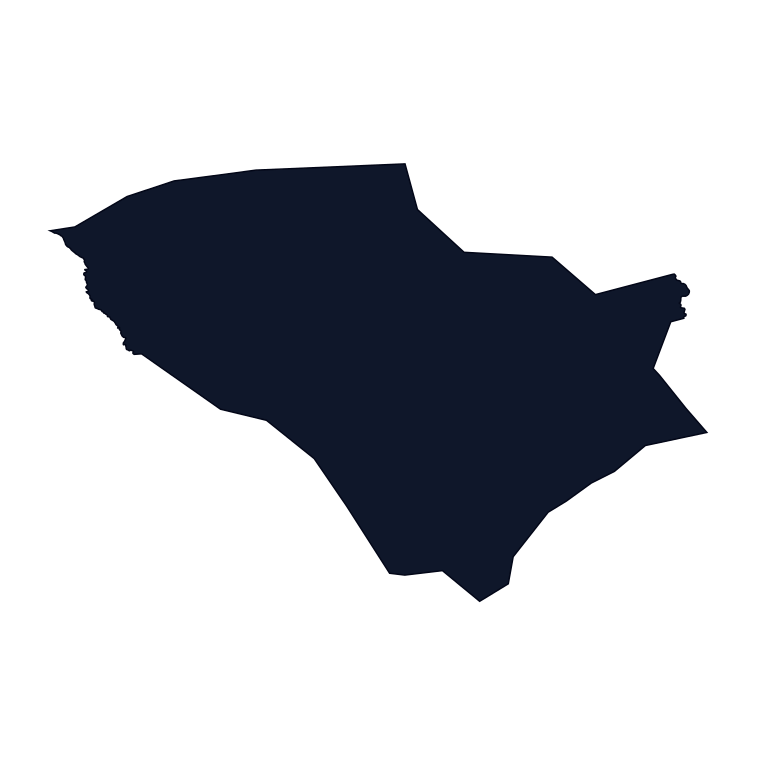 Xashaat, Arhangay, Mongolia, rotated 174°
{"feature_id": "93677404B90881349720721", "entity_name": "Xashaat", "entity_type": "district", "adm_level": 2, "iso_a3": "MNG", "parent_name": "Mongolia", "parent_adm1": "Arhangay", "projection": "natural_earth1", "projection_center": [103.458, 47.476], "detail": "fine", "context": "isolated", "style": "filled", "palette": "ink", "viewbox_px": 768, "rotation_deg": 174, "n_neighbors": 0, "source": "geoboundaries", "source_scale": "gbopen_adm2", "svg_char_len": 4704}
<svg xmlns="http://www.w3.org/2000/svg" viewBox="0 0 768 768"><g transform="rotate(174 384 384)"><path d="M700.0,571.3L698.4,570.4L697.3,569.6L697.0,569.3L696.3,568.9L695.9,568.5L695.4,568.5L694.6,568.3L693.9,568.1L692.8,567.5L690.6,566.1L689.8,565.2L688.9,564.7L688.3,563.8L688.0,563.2L687.7,562.7L687.5,561.8L687.3,560.9L687.0,560.1L686.7,559.1L686.5,558.5L686.3,557.9L686.2,557.2L686.2,556.6L686.1,556.3L685.9,555.8L685.7,555.4L685.5,555.1L685.1,554.7L685.0,554.3L684.6,553.9L684.2,553.5L683.6,553.1L683.1,552.9L682.8,552.7L682.3,552.2L682.0,551.7L681.6,551.4L681.4,551.1L681.3,550.9L681.2,550.4L680.5,549.6L680.0,549.0L679.6,548.7L679.4,548.4L678.8,547.8L678.1,547.2L677.6,546.6L677.2,546.0L676.2,545.2L675.5,544.8L674.3,543.7L673.4,542.8L672.8,542.3L671.9,541.8L671.3,541.4L670.5,540.9L669.8,540.5L669.6,540.1L669.6,539.7L669.2,539.3L668.9,538.9L668.8,538.7L669.0,538.2L669.3,537.4L669.3,536.8L669.2,536.4L669.0,536.0L668.8,535.5L668.7,534.6L668.4,533.9L668.1,533.5L667.8,532.9L667.2,532.0L666.7,531.2L666.2,530.8L665.9,530.1L666.0,529.6L666.6,529.2L668.1,529.1L669.5,529.1L669.6,528.9L669.3,528.3L668.7,527.9L668.3,527.5L668.1,527.1L668.0,526.7L668.2,526.4L668.6,526.1L669.4,525.9L670.2,525.9L670.7,525.7L670.9,525.3L671.0,525.0L671.1,524.6L671.1,524.2L670.9,523.7L670.7,523.5L670.3,523.3L670.1,523.0L669.8,522.5L669.7,522.1L669.7,521.4L669.9,520.5L670.1,519.8L670.2,519.2L670.2,518.9L669.9,518.6L669.6,518.2L669.3,517.9L669.2,517.6L669.3,517.0L669.3,516.5L669.1,515.8L668.9,515.1L668.6,513.9L668.7,513.4L669.0,512.9L669.6,512.3L670.2,511.7L670.4,511.4L670.4,511.1L670.2,510.7L669.8,510.0L669.4,509.6L668.8,509.2L668.4,508.8L668.3,508.4L668.3,507.8L668.5,507.5L668.7,507.2L669.2,506.9L670.4,506.8L670.4,506.4L670.2,506.1L669.7,505.6L669.0,505.1L668.5,504.6L668.0,503.9L667.6,503.3L667.4,502.9L667.2,502.6L667.2,502.1L667.2,501.6L667.4,500.8L667.4,499.9L667.0,499.4L666.6,499.2L666.2,499.0L665.9,498.9L665.7,498.7L665.7,498.2L665.9,498.0L666.3,497.9L666.3,497.6L666.2,497.4L665.9,497.2L665.5,497.0L663.7,496.4L663.5,495.1L663.9,493.8L663.8,492.9L663.5,491.8L663.4,490.8L663.2,490.0L662.2,489.3L661.4,489.2L661.0,488.9L660.5,488.4L659.9,488.1L659.2,487.9L658.6,487.7L658.1,487.5L657.7,487.3L657.5,487.0L657.3,486.5L657.0,486.0L656.7,485.5L656.3,485.2L655.9,485.0L655.5,485.0L655.3,484.8L655.3,484.3L655.1,483.7L654.6,483.6L654.2,483.4L653.9,483.2L653.6,482.7L653.1,482.4L652.7,482.3L652.4,482.0L652.1,481.5L652.1,481.2L652.0,480.6L651.9,480.1L651.6,479.8L651.0,479.7L650.3,479.5L649.7,479.1L649.5,478.5L649.2,477.7L649.0,477.1L648.6,476.6L648.1,476.2L647.6,475.9L647.1,475.5L646.2,474.8L645.7,474.2L645.4,473.7L645.3,473.4L644.8,472.5L644.5,471.6L644.1,470.8L643.7,470.5L643.2,470.0L642.9,469.6L642.6,469.2L642.5,468.9L642.4,468.6L642.5,468.3L642.7,468.1L642.9,467.9L643.0,467.6L642.8,467.4L642.5,467.4L642.0,467.8L641.6,468.0L641.3,468.0L641.1,467.7L641.1,467.3L641.4,466.5L641.5,466.0L641.1,465.4L640.6,464.7L640.3,464.4L640.1,463.9L640.0,463.5L640.4,462.5L640.4,461.7L640.2,461.3L639.8,460.2L639.4,459.1L638.6,458.2L638.2,457.7L637.7,457.5L637.2,457.4L636.6,457.2L636.2,457.1L636.1,456.7L636.0,456.2L636.4,455.7L636.7,455.1L637.5,453.7L638.3,452.8L638.8,452.3L639.0,451.7L639.1,451.0L639.1,450.5L639.0,450.3L638.6,450.2L638.2,450.2L637.6,450.4L637.1,450.4L636.9,450.2L636.8,449.8L636.8,448.5L636.6,447.5L636.7,446.9L636.6,445.8L636.3,445.3L636.1,445.1L635.6,444.9L635.0,444.6L634.6,444.3L634.1,444.0L633.9,443.7L633.6,443.7L633.3,443.7L633.0,444.0L632.6,444.2L632.2,444.1L631.7,443.9L631.2,443.6L630.6,443.2L629.8,442.8L629.6,442.4L629.7,442.1L630.2,441.7L630.5,441.2L630.5,440.9L630.2,440.4L629.8,440.0L629.4,439.6L623.8,439.4L621.9,439.3L549.2,376.0L504.7,360.2L484.1,339.8L472.5,328.3L461.2,317.1L433.8,266.3L398.2,195.2L383.3,191.8L345.4,192.3L329.0,175.6L320.5,167.0L311.6,157.9L281.3,172.3L273.6,198.7L234.2,239.3L233.8,239.5L214.7,248.6L214.2,248.9L188.3,263.8L163.8,273.1L163.4,273.4L130.5,295.5L68.0,302.1L86.2,328.1L86.7,328.9L109.1,363.8L114.7,371.3L92.3,415.9L79.0,418.0L79.2,418.8L78.7,419.4L76.6,420.4L76.3,421.8L78.0,422.9L78.2,423.6L76.9,426.8L77.4,427.9L81.0,428.9L81.1,429.6L80.5,430.8L80.5,432.1L81.8,433.6L80.7,434.4L80.1,436.3L79.7,439.2L78.1,440.2L75.1,439.8L74.0,440.1L73.0,440.6L71.7,441.6L70.9,443.1L70.7,443.8L70.6,444.8L71.3,446.2L72.3,447.5L72.8,448.8L73.3,450.4L74.3,451.7L75.8,452.6L77.4,452.8L78.1,453.2L78.3,454.5L78.6,455.2L79.2,455.7L81.7,456.6L82.2,457.1L82.6,457.8L83.2,458.8L83.0,459.6L82.9,460.0L82.4,460.7L82.7,461.5L83.2,462.3L83.9,463.0L85.6,462.9L164.4,450.8L203.4,492.4L203.6,492.6L290.6,506.6L332.5,554.0L340.1,600.7L489.1,610.1L535.6,608.8L571.5,607.9L619.9,597.3L675.1,572.5L700.0,571.3Z" fill="#0f172a" stroke="#020617" stroke-width="1.5"/></g></svg>